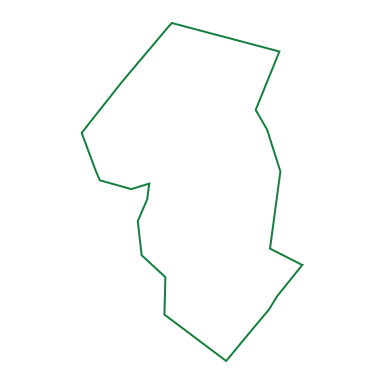 SVG path tracing the border of Galguduud
{"feature_id": "SOM-2408", "entity_name": "Galguduud", "entity_type": "Region", "adm_level": 1, "iso_a3": "SOM", "parent_name": "Somalia", "parent_adm1": "", "projection": "natural_earth1", "projection_center": [46.568, 5.004], "detail": "fine", "context": "isolated", "style": "outline", "palette": "green", "viewbox_px": 384, "rotation_deg": 0, "n_neighbors": 0, "source": "natural_earth", "source_scale": "10m", "svg_char_len": 576}
<svg xmlns="http://www.w3.org/2000/svg" viewBox="0 0 384 384"><path d="M81.7,132.9L90.7,121.4L100.9,108.5L111.1,95.6L121.3,82.7L127.1,75.8L132.9,68.9L138.7,62.0L144.5,55.1L150.3,48.3L156.1,41.4L161.9,34.5L167.7,27.6L171.8,23.0L207.6,32.5L243.5,42.0L279.4,51.5L255.7,109.9L267.1,129.7L280.4,171.5L270.0,248.6L301.8,264.8L302.3,264.9L277.4,295.9L269.0,309.5L254.4,326.9L242.1,341.7L226.2,361.0L225.8,360.7L164.4,314.6L165.4,277.2L141.6,255.2L137.8,221.1L147.3,199.0L149.2,183.6L131.2,189.1L99.8,180.3L96.0,171.5L81.7,132.9Z" fill="none" stroke="#15803d" stroke-width="2"/></svg>